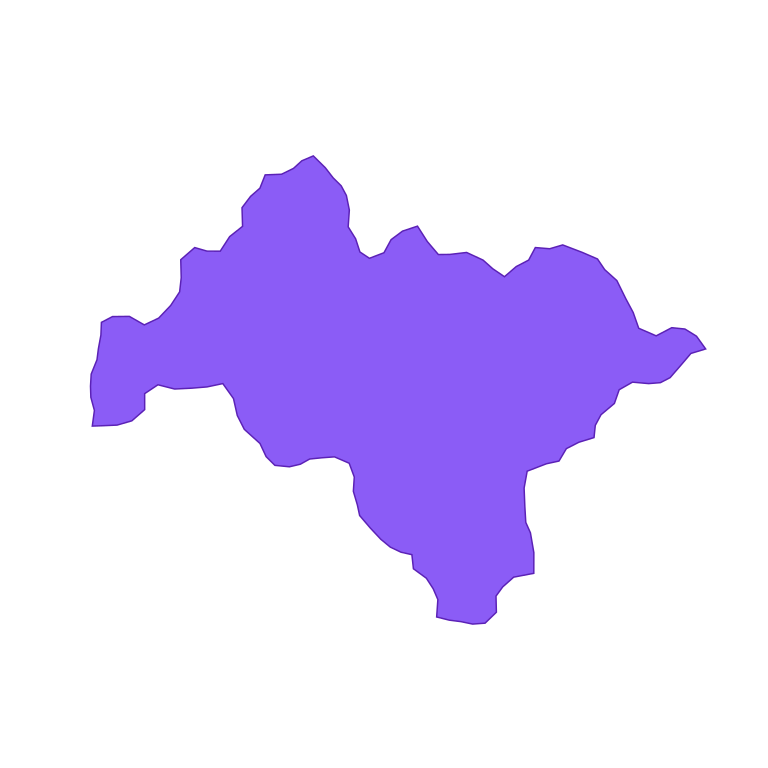 Patrocínio do Muriaé, Minas Gerais, Brazil, rotated 22°
{"feature_id": "56859067B72452830054870", "entity_name": "Patrocínio do Muriaé", "entity_type": "district", "adm_level": 2, "iso_a3": "BRA", "parent_name": "Brazil", "parent_adm1": "Minas Gerais", "projection": "albers", "projection_center": [-42.255, -21.171], "detail": "fine", "context": "isolated", "style": "filled", "palette": "violet", "viewbox_px": 768, "rotation_deg": 22, "n_neighbors": 0, "source": "geoboundaries", "source_scale": "gbopen_adm2", "svg_char_len": 1777}
<svg xmlns="http://www.w3.org/2000/svg" viewBox="0 0 768 768"><g transform="rotate(22 384 384)"><path d="M567.3,567.9L573.7,553.5L567.3,538.7L570.1,527.6L576.6,514.5L593.8,503.4L586.1,484.2L575.5,467.1L567.3,459.2L560.6,445.1L552.9,428.0L549.4,411.2L564.5,397.1L575.1,389.9L577.3,375.6L586.5,365.0L598.8,355.0L595.4,343.2L596.7,331.2L604.9,315.7L604.2,301.2L613.7,289.2L629.2,284.5L639.8,279.2L646.9,270.9L653.0,253.1L657.1,240.7L669.1,231.0L655.8,222.6L642.4,220.3L629.7,224.0L618.3,237.4L599.3,236.9L588.3,224.4L576.2,214.3L561.2,200.9L545.8,195.3L535.1,188.1L518.5,187.7L497.6,188.1L487.0,196.5L473.2,200.8L471.7,214.9L462.6,225.6L455.5,239.4L441.7,236.4L429.4,232.0L411.3,231.1L396.5,239.2L385.9,243.6L370.8,235.7L355.9,225.1L343.9,235.3L336.5,247.5L334.8,262.3L323.4,272.9L312.2,270.6L303.3,260.0L291.9,251.7L286.7,235.7L278.5,223.3L270.1,216.3L259.6,211.9L248.6,205.5L233.0,199.0L224.2,207.8L219.3,218.0L210.4,227.9L195.5,234.6L195.6,248.9L190.0,260.0L186.3,273.7L193.8,290.8L185.7,305.1L182.4,322.2L170.1,327.1L157.4,328.4L149.0,344.9L156.2,361.5L160.0,375.1L156.8,391.1L150.4,407.3L139.6,419.0L122.6,416.7L107.0,423.2L98.9,432.7L103.2,444.7L106.0,458.4L108.8,469.0L108.8,484.5L112.7,496.0L117.2,506.2L125.4,517.0L129.3,532.3L139.6,527.7L151.9,522.1L164.0,512.6L171.7,497.4L165.7,482.6L174.7,469.4L191.7,467.1L207.3,459.9L221.0,453.0L234.4,444.0L249.9,453.9L259.8,468.2L271.5,478.4L291.3,485.6L301.9,495.5L313.3,500.3L327.3,496.2L336.5,489.7L343.2,481.4L353.8,475.8L365.4,470.1L381.4,470.5L391.3,481.4L395.8,495.0L404.6,506.1L410.7,515.1L425.5,522.8L439.3,529.2L451.0,532.9L462.8,533.6L473.8,531.8L480.5,544.3L496.0,548.2L506.3,555.4L514.7,563.7L520.1,580.3L533.0,578.5L544.4,575.5L556.1,573.4L567.3,567.9Z" fill="#8b5cf6" stroke="#5b21b6" stroke-width="1.5"/></g></svg>